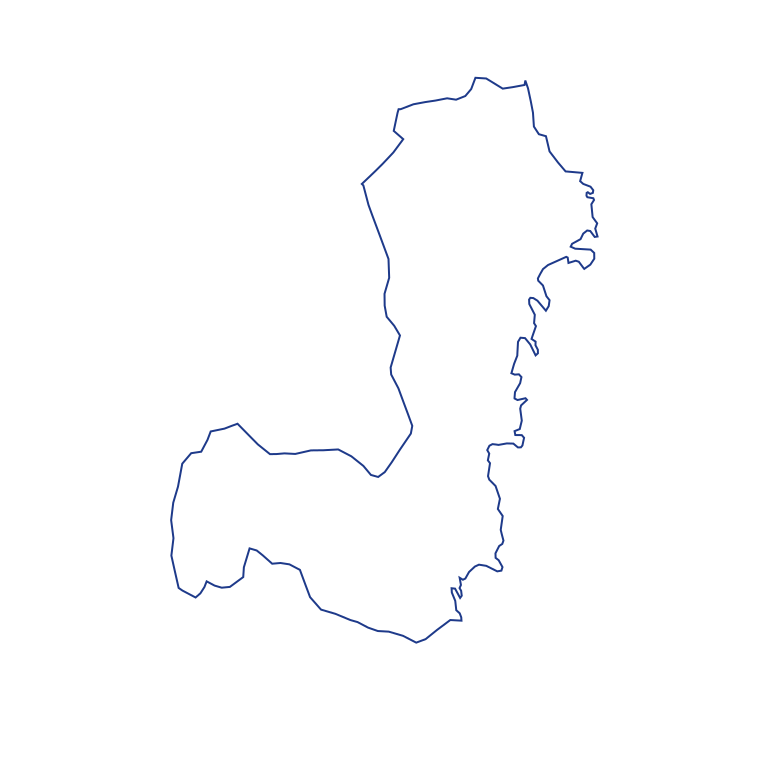 Chongjin City, Hamgyŏng-bukto, North Korea, rotated 339°
{"feature_id": "82179303B21659587132529", "entity_name": "Chongjin City", "entity_type": "district", "adm_level": 2, "iso_a3": "PRK", "parent_name": "North Korea", "parent_adm1": "Hamgyŏng-bukto", "projection": "orthographic", "projection_center": [129.876, 42.022], "detail": "fine", "context": "isolated", "style": "outline", "palette": "blue", "viewbox_px": 768, "rotation_deg": 339, "n_neighbors": 0, "source": "geoboundaries", "source_scale": "gbopen_adm2", "svg_char_len": 3226}
<svg xmlns="http://www.w3.org/2000/svg" viewBox="0 0 768 768"><g transform="rotate(339 384 384)"><path d="M496.1,132.7L493.9,135.6L483.8,151.2L489.7,162.3L475.7,171.2L461.8,177.9L451.8,182.3L435.0,189.3L435.9,191.2L433.7,211.2L433.5,222.3L433.3,244.5L433.0,268.9L426.9,286.7L416.8,300.0L412.7,311.1L410.6,322.2L414.4,333.3L416.3,344.4L406.2,357.7L396.1,371.0L394.1,377.7L395.9,393.2L395.7,408.8L395.6,419.9L395.4,433.2L391.3,439.9L375.3,451.0L363.2,459.8L353.2,466.5L345.2,468.7L339.2,464.2L335.4,453.1L327.6,439.8L317.8,428.7L303.9,424.2L292.0,419.8L276.1,417.5L266.2,413.1L258.3,410.8L252.4,408.6L244.6,395.2L240.7,386.3L233.0,368.6L231.0,368.6L227.1,368.5L219.1,368.5L205.2,366.2L199.2,372.9L189.1,381.7L179.2,379.5L167.1,386.1L154.9,406.0L144.7,419.3L136.5,434.8L132.2,452.5L124.0,468.0L121.7,483.5L119.2,500.8L121.8,504.6L131.6,515.8L137.6,513.6L143.6,509.2L147.7,504.7L153.6,511.5L159.5,516.0L167.4,518.2L175.4,516.0L183.4,513.8L187.5,504.9L199.6,489.3L205.5,493.8L209.4,500.5L215.2,511.7L223.2,514.0L231.1,518.5L238.9,527.4L238.7,543.1L238.6,556.5L243.8,570.6L244.4,572.1L256.2,581.1L268.0,592.3L274.0,596.8L281.8,605.7L289.7,612.4L299.7,616.9L311.5,625.9L321.4,637.0L331.4,637.1L345.4,632.6L361.3,628.1L371.5,632.7L372.5,629.5L372.5,625.2L370.4,621.1L372.8,612.0L372.6,603.0L373.9,598.9L377.0,600.5L378.4,611.0L380.7,609.5L381.9,604.7L381.4,601.6L383.8,599.2L385.2,592.0L387.5,595.0L390.2,594.8L396.0,590.0L403.4,587.0L407.9,586.7L414.3,590.4L422.6,599.5L426.7,600.3L429.0,597.4L427.9,589.6L425.9,586.3L427.4,582.0L433.5,576.5L437.1,575.7L439.4,573.0L440.1,566.6L440.7,562.0L447.5,549.8L445.5,541.5L451.1,532.7L451.6,519.2L448.0,511.0L448.1,507.3L454.6,495.9L453.6,492.5L457.3,486.7L456.7,482.7L460.3,479.4L463.7,479.0L466.8,480.6L469.1,481.9L477.4,483.5L483.4,486.0L486.3,491.2L489.1,492.2L491.2,491.0L495.5,484.4L494.3,481.1L488.3,478.7L489.0,474.8L494.6,474.7L499.5,467.6L502.3,455.9L504.3,453.1L511.8,450.1L511.0,448.0L502.9,446.8L500.7,444.3L500.9,443.7L503.4,438.5L511.4,432.0L514.8,426.8L513.4,423.3L509.4,422.1L506.8,419.6L512.7,411.8L518.6,405.3L519.5,403.2L524.2,392.7L528.0,389.7L532.1,391.7L534.7,399.5L535.8,411.6L538.7,410.5L539.9,407.2L539.3,402.1L540.7,398.8L537.9,394.8L540.2,392.0L546.6,384.4L545.9,381.0L549.6,373.4L548.3,361.4L549.7,357.2L551.5,356.0L554.2,357.3L557.1,361.2L561.4,373.6L565.7,370.3L568.6,365.1L567.1,360.3L567.7,349.0L565.0,342.8L565.5,340.6L569.2,337.3L573.6,333.7L579.8,331.7L599.7,330.6L600.8,331.8L599.6,337.1L607.2,337.6L609.7,339.7L611.9,347.5L612.2,348.3L619.4,346.5L625.2,342.4L627.2,337.0L625.1,332.6L611.0,326.2L607.5,322.7L609.9,320.5L619.4,319.2L623.9,315.0L628.7,313.5L631.4,315.1L633.4,322.2L636.2,322.8L636.9,314.6L640.6,310.4L639.2,305.2L638.6,302.9L642.0,290.5L646.0,287.5L646.0,285.6L640.8,282.5L640.5,280.8L641.7,278.2L643.0,278.0L644.5,280.4L647.5,280.4L648.8,278.1L647.5,273.8L641.7,268.6L639.8,264.9L644.9,258.0L629.7,250.6L625.8,239.5L621.9,226.2L624.0,210.7L618.1,206.3L616.2,197.4L620.3,184.1L622.3,173.0L624.4,159.6L624.7,151.3L622.4,155.2L610.6,153.0L600.7,150.8L588.9,135.4L579.1,130.9L571.1,139.9L563.1,144.3L553.2,144.4L545.3,139.9L533.5,137.8L523.6,135.6L511.7,133.4L497.9,133.4L496.1,132.7Z" fill="none" stroke="#1e3a8a" stroke-width="2"/></g></svg>